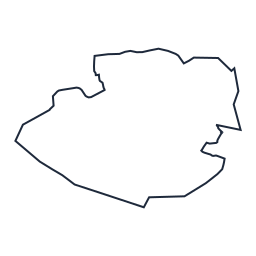 Osogbo, Osun, Nigeria
{"feature_id": "59680162B73238408569532", "entity_name": "Osogbo", "entity_type": "district", "adm_level": 2, "iso_a3": "NGA", "parent_name": "Nigeria", "parent_adm1": "Osun", "projection": "mercator", "projection_center": [4.558, 7.753], "detail": "fine", "context": "isolated", "style": "outline", "palette": "slate", "viewbox_px": 256, "rotation_deg": 0, "n_neighbors": 0, "source": "geoboundaries", "source_scale": "gbopen_adm2", "svg_char_len": 1277}
<svg xmlns="http://www.w3.org/2000/svg" viewBox="0 0 256 256"><path d="M234.3,68.3L231.4,70.9L218.1,58.0L193.8,57.6L188.9,60.8L183.8,63.4L178.3,55.6L175.7,53.9L168.0,50.9L158.5,48.7L149.9,50.4L142.4,52.1L136.7,52.2L130.4,50.9L125.1,51.8L119.5,53.9L112.5,54.1L108.3,54.2L94.6,55.9L94.2,61.1L94.0,66.4L94.2,71.1L95.6,73.2L95.8,75.1L97.1,75.1L98.9,74.7L99.1,77.4L99.5,80.0L99.9,80.9L102.5,82.7L103.1,85.1L103.2,86.1L103.4,86.6L103.6,87.7L104.5,89.4L104.6,90.0L91.1,97.1L88.6,97.4L86.5,96.5L85.5,95.8L81.6,89.9L79.7,88.4L78.3,87.9L76.5,87.6L73.5,88.1L62.6,89.8L58.9,90.5L57.3,91.5L55.9,93.0L52.9,96.2L53.6,105.7L49.9,109.2L49.6,109.9L22.9,124.7L15.4,140.9L39.8,161.6L52.6,169.5L62.3,175.2L74.6,184.5L111.2,196.5L143.8,207.3L149.1,197.3L184.5,196.3L205.8,183.2L217.4,174.1L222.2,169.2L223.4,165.0L224.0,162.3L224.6,158.6L217.3,155.9L216.0,155.5L213.3,155.9L212.2,155.7L210.5,154.5L208.4,153.9L204.5,152.7L202.5,151.8L201.3,150.6L202.0,149.7L203.9,146.5L206.6,142.7L209.7,143.6L214.3,143.1L216.2,142.9L217.3,142.1L217.4,140.5L218.0,139.1L218.3,138.7L218.7,137.9L221.2,133.6L221.6,133.3L221.1,132.4L222.0,132.0L219.7,129.8L218.3,128.3L218.1,127.2L217.4,126.2L216.8,125.3L216.9,125.0L240.6,129.9L233.7,104.4L238.4,91.1L234.3,68.3Z" fill="none" stroke="#1e293b" stroke-width="2"/></svg>